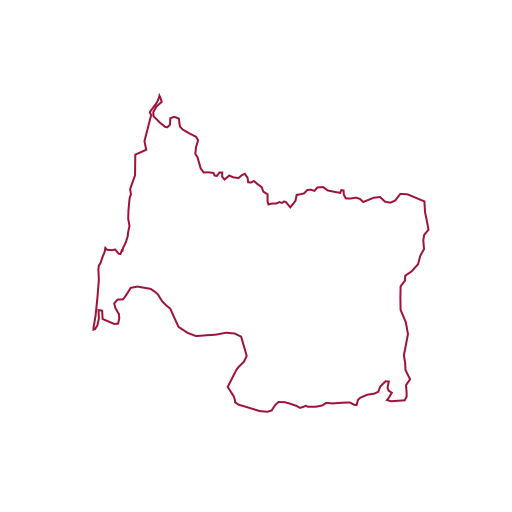 outline of Butaw, Sinoe, Liberia, rotated 73°
{"feature_id": "62588387B58471335034652", "entity_name": "Butaw", "entity_type": "district", "adm_level": 2, "iso_a3": "LBR", "parent_name": "Liberia", "parent_adm1": "Sinoe", "projection": "albers", "projection_center": [-9.093, 5.133], "detail": "fine", "context": "isolated", "style": "outline", "palette": "rose", "viewbox_px": 512, "rotation_deg": 73, "n_neighbors": 0, "source": "geoboundaries", "source_scale": "gbopen_adm2", "svg_char_len": 3100}
<svg xmlns="http://www.w3.org/2000/svg" viewBox="0 0 512 512"><g transform="rotate(73 256 256)"><path d="M74.5,301.5L76.6,302.8L79.2,305.0L81.0,306.9L87.1,315.2L87.6,315.5L90.9,315.0L91.6,315.7L113.6,329.1L122.3,329.9L123.8,341.8L143.5,348.1L152.9,355.1L155.3,356.8L160.6,357.6L162.7,359.3L165.0,360.5L175.0,364.6L182.9,367.3L190.2,368.2L195.5,371.1L197.2,371.9L199.6,372.9L205.1,376.7L209.8,381.1L211.8,382.1L211.3,382.6L214.5,385.0L213.6,386.7L208.6,388.8L208.3,392.1L206.6,396.5L204.2,397.7L208.1,399.7L211.6,402.7L217.4,406.8L219.2,409.1L222.7,410.6L223.4,410.8L233.0,413.3L249.4,419.8L266.0,426.8L277.0,432.3L278.9,433.0L279.0,431.5L276.0,428.0L269.8,424.5L261.7,422.4L263.3,419.1L271.4,421.1L279.5,411.5L280.4,407.7L275.7,405.0L271.7,404.1L264.6,405.7L259.9,405.5L257.2,401.2L258.6,395.8L254.7,390.7L249.8,385.1L250.6,378.3L250.9,377.7L253.9,371.8L256.6,366.4L260.7,363.1L263.9,361.1L271.8,359.0L276.9,356.4L281.2,353.4L294.6,351.7L301.1,350.8L301.9,350.2L309.5,343.9L315.0,336.8L315.3,335.6L317.7,324.9L318.2,323.0L319.5,317.3L320.6,307.2L323.8,299.2L328.8,293.8L343.2,294.0L348.8,294.1L353.6,298.5L357.2,305.4L359.0,307.9L372.9,321.3L384.2,318.2L389.0,318.4L389.7,318.8L393.1,316.1L399.4,306.6L405.4,297.8L408.3,290.6L408.3,286.2L406.0,283.5L403.9,280.8L402.2,277.2L403.5,273.4L404.1,271.5L407.1,266.7L411.1,261.2L414.1,258.3L414.1,254.9L413.8,252.2L415.3,250.5L417.7,242.6L418.3,236.3L417.0,232.0L419.4,225.7L421.5,216.6L422.0,214.7L422.2,213.9L423.5,209.1L427.1,205.5L427.9,203.4L423.5,200.6L422.0,197.7L421.2,190.1L422.2,183.0L421.6,178.8L417.1,175.2L413.7,168.8L414.1,167.8L414.9,165.7L420.6,168.8L423.4,168.6L426.5,166.1L430.4,170.5L432.1,172.8L434.4,169.3L435.8,163.2L437.5,156.0L434.6,153.1L430.2,151.8L423.4,150.3L418.9,144.7L408.8,146.4L402.2,144.7L394.2,143.6L384.0,138.2L375.1,133.5L363.1,132.1L349.8,133.5L338.0,130.1L327.3,126.6L324.4,122.6L323.1,120.7L318.5,119.1L316.2,111.8L311.2,103.4L303.8,98.8L298.5,93.3L289.8,91.4L285.1,89.1L281.3,83.4L275.0,82.6L263.3,81.5L254.7,79.4L253.0,79.0L241.3,93.1L238.8,99.8L243.7,106.8L244.3,112.0L241.7,116.8L235.9,120.1L234.7,126.4L235.7,137.7L231.9,139.8L230.0,142.5L229.4,143.4L228.7,148.8L228.1,150.6L227.2,153.3L222.8,154.1L219.0,153.1L217.9,155.1L220.3,157.0L216.9,163.5L214.3,168.2L209.7,171.7L208.4,177.2L210.8,181.0L208.5,184.5L207.9,187.6L210.2,191.8L209.8,197.0L209.4,199.2L214.7,202.1L216.6,204.7L219.5,209.0L213.0,211.7L212.1,213.2L212.8,215.7L211.3,218.0L211.7,221.2L210.4,226.0L210.4,229.0L207.2,229.0L200.5,226.9L196.5,230.2L191.8,230.4L187.5,233.7L183.7,236.0L184.3,239.4L183.2,241.9L178.6,241.2L174.1,242.7L174.6,245.9L176.3,249.9L174.3,254.5L171.2,258.1L173.7,263.7L170.3,265.2L166.3,263.9L165.5,266.5L168.0,270.0L166.9,272.1L164.2,272.3L162.3,276.5L161.5,279.2L160.8,281.6L156.3,283.3L150.8,283.2L144.4,283.1L140.6,284.2L134.3,281.5L128.3,277.5L124.5,278.5L119.4,283.8L113.5,289.2L109.9,290.9L102.1,289.6L99.6,292.7L99.1,293.4L99.1,297.6L105.3,299.9L107.0,303.1L106.1,305.0L100.6,308.8L96.3,311.0L92.5,313.1L88.4,312.2L84.0,307.6L81.0,301.1L77.4,301.1L74.5,301.5Z" fill="none" stroke="#9f1239" stroke-width="2"/></g></svg>